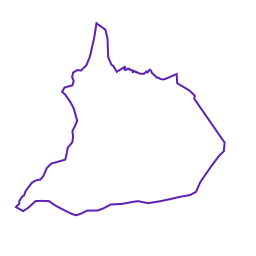 Isokan, Osun, Nigeria, rotated 9°
{"feature_id": "59680162B6205124943279", "entity_name": "Isokan", "entity_type": "district", "adm_level": 2, "iso_a3": "NGA", "parent_name": "Nigeria", "parent_adm1": "Osun", "projection": "mercator", "projection_center": [4.166, 7.3], "detail": "fine", "context": "isolated", "style": "outline", "palette": "violet", "viewbox_px": 256, "rotation_deg": 9, "n_neighbors": 0, "source": "geoboundaries", "source_scale": "gbopen_adm2", "svg_char_len": 1599}
<svg xmlns="http://www.w3.org/2000/svg" viewBox="0 0 256 256"><g transform="rotate(9 128 128)"><path d="M29.7,223.6L37.4,226.5L41.7,222.7L48.2,214.6L55.1,213.3L61.5,212.6L67.6,215.6L73.7,217.8L80.2,219.9L86.1,221.7L90.5,222.3L95.4,219.7L100.5,216.0L111.1,214.2L116.6,211.0L123.0,206.2L133.6,204.0L143.3,200.6L149.3,198.7L159.6,199.1L170.6,195.5L181.7,191.3L189.9,187.9L199.8,184.5L205.2,180.4L206.2,176.5L207.8,170.3L211.1,163.3L215.8,153.6L219.3,146.9L222.6,140.7L222.8,140.5L226.3,135.9L225.7,127.3L188.9,88.8L188.9,85.6L182.9,81.4L169.6,76.1L167.6,67.1L157.1,73.8L154.9,74.6L152.0,74.4L150.1,73.6L148.8,73.8L146.1,71.9L143.0,69.9L142.0,68.1L141.0,67.4L140.4,67.1L139.6,68.0L138.6,69.7L138.6,70.0L137.1,69.4L136.4,70.6L135.9,71.4L135.0,72.0L131.4,72.5L129.8,72.1L129.4,71.9L127.3,71.6L127.3,71.3L125.9,70.9L124.4,70.6L124.4,71.0L124.5,71.8L123.8,72.0L123.7,71.5L123.3,70.5L122.2,70.4L120.8,69.9L120.4,70.1L119.8,69.3L119.0,69.5L118.3,69.3L118.0,69.5L117.2,70.9L116.4,70.7L115.6,71.0L115.1,70.2L115.6,68.4L115.2,68.1L108.1,74.3L103.9,69.1L101.8,68.1L97.4,61.2L93.8,43.1L92.3,39.3L90.2,34.4L80.5,29.5L80.5,44.0L79.6,57.8L79.6,58.0L79.2,63.6L77.1,72.5L72.6,78.6L68.9,78.7L65.1,81.9L64.9,86.7L67.0,89.9L66.4,94.6L59.0,97.9L57.3,102.6L60.8,104.9L66.7,111.0L71.4,117.2L76.7,128.9L75.2,134.7L73.6,139.9L75.2,145.6L75.2,150.8L72.7,155.0L71.5,157.0L71.5,162.2L71.0,169.0L57.6,175.3L54.0,180.4L51.9,188.8L49.4,192.7L46.7,193.5L44.0,195.0L41.4,197.4L38.4,203.1L36.6,206.7L36.0,210.6L34.3,212.3L34.0,212.7L32.1,216.9L32.4,220.2L30.6,222.1L29.7,223.6Z" fill="none" stroke="#5b21b6" stroke-width="2"/></g></svg>